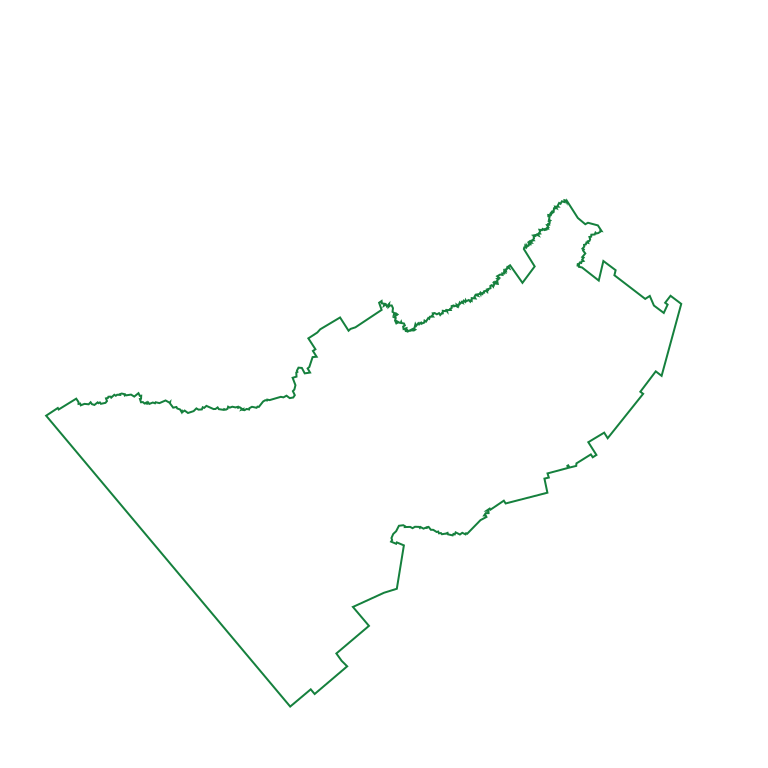 the district of Brewarrina, New South Wales, Australia, rotated 230°
{"feature_id": "25037944B28138275471855", "entity_name": "Brewarrina", "entity_type": "district", "adm_level": 2, "iso_a3": "AUS", "parent_name": "Australia", "parent_adm1": "New South Wales", "projection": "natural_earth1", "projection_center": [147.252, -29.95], "detail": "fine", "context": "isolated", "style": "outline", "palette": "green", "viewbox_px": 768, "rotation_deg": 230, "n_neighbors": 0, "source": "geoboundaries", "source_scale": "gbopen_adm2", "svg_char_len": 6166}
<svg xmlns="http://www.w3.org/2000/svg" viewBox="0 0 768 768"><g transform="rotate(230 384 384)"><path d="M386.6,639.2L406.5,641.8L405.7,640.9L407.4,641.4L408.8,640.4L407.2,639.3L409.6,637.7L408.6,635.1L410.1,634.5L408.8,631.4L407.8,631.5L409.3,629.7L408.0,629.3L409.5,628.8L408.4,628.2L409.3,627.1L406.7,624.5L406.8,623.5L408.1,623.6L407.7,621.4L406.8,621.8L406.1,620.3L407.9,618.5L406.8,617.7L405.8,618.5L403.8,616.0L402.4,616.4L402.7,614.9L401.5,615.0L400.5,613.9L401.0,612.9L399.9,612.7L401.0,611.0L398.3,610.6L398.7,609.3L397.6,609.3L399.2,606.9L398.2,607.0L398.8,605.8L400.8,605.1L400.3,604.0L402.2,602.2L400.4,601.6L400.0,599.8L399.0,600.0L400.0,598.1L398.4,597.8L400.1,597.0L401.7,594.1L400.2,594.6L400.5,593.2L399.0,592.4L398.8,590.7L398.0,590.8L398.9,589.5L397.8,588.3L399.6,587.9L399.7,586.5L397.7,587.2L398.8,585.7L397.0,585.7L397.9,584.4L397.1,583.8L397.3,582.0L398.6,582.2L397.5,581.0L399.0,581.0L397.8,579.8L398.4,579.1L397.5,577.9L377.2,575.0L372.5,555.1L393.9,556.9L394.1,554.8L392.2,554.3L394.2,553.5L393.0,551.8L393.6,550.8L392.2,550.1L393.5,549.4L391.6,548.7L392.7,548.1L391.4,547.1L392.7,545.7L391.4,544.9L393.2,543.3L393.8,540.0L391.2,540.5L391.8,538.6L390.7,539.0L390.6,537.2L387.6,535.5L388.7,534.5L389.3,535.6L390.9,534.9L390.6,533.9L392.1,533.0L390.1,533.2L388.8,531.3L389.5,530.7L388.8,530.2L390.5,530.0L390.8,528.6L388.9,527.1L390.0,524.3L388.4,524.7L389.8,523.5L388.3,522.3L390.0,522.0L390.7,520.1L389.6,519.4L390.3,518.3L389.7,517.3L391.3,516.9L390.5,515.8L391.9,516.2L391.5,515.1L392.9,512.7L391.4,512.6L393.4,511.3L392.6,509.3L390.8,509.0L393.4,506.4L391.2,504.5L392.4,503.9L391.8,503.0L393.9,502.8L394.5,500.2L395.7,500.4L394.7,499.0L396.5,498.6L396.0,497.8L396.8,496.8L395.5,496.4L396.7,495.8L396.6,494.1L397.6,494.2L396.8,492.8L396.1,493.3L396.9,492.2L395.9,491.0L397.8,490.6L396.3,489.8L397.9,489.2L398.5,487.6L399.4,487.8L400.2,485.9L398.8,484.9L399.0,483.0L397.8,482.7L400.2,479.7L399.0,479.0L400.7,479.0L400.5,477.7L402.3,476.1L399.7,473.9L401.1,474.2L400.7,471.4L402.9,471.7L403.4,469.3L405.8,468.4L406.8,466.8L405.7,466.4L405.5,464.7L404.2,464.8L406.0,462.4L404.9,460.6L406.1,460.3L404.8,456.3L406.5,455.8L405.2,454.2L405.9,452.1L406.7,452.1L406.4,451.2L407.6,451.0L407.2,449.2L408.5,449.3L407.9,446.1L409.6,446.5L407.0,442.9L407.3,442.1L405.6,442.8L405.8,441.3L406.8,440.2L407.7,441.3L408.3,438.9L407.1,438.2L408.4,438.4L408.9,436.1L411.0,436.8L409.4,435.7L410.6,434.7L411.7,435.1L410.6,435.4L412.3,437.1L413.5,434.3L415.7,435.6L415.5,437.6L417.5,438.2L419.4,436.6L420.6,437.1L420.1,436.0L422.1,434.4L422.5,432.4L424.3,432.9L423.3,434.4L425.7,433.5L427.0,435.4L428.8,434.6L428.6,439.0L430.6,438.5L430.8,436.2L431.7,437.5L433.8,436.9L436.3,439.6L439.2,440.4L440.3,439.0L440.2,437.3L442.1,439.4L441.6,436.1L443.8,436.6L444.0,434.3L445.1,436.0L447.1,434.2L449.1,435.5L449.4,432.5L442.3,429.8L445.8,398.5L447.7,393.8L447.6,391.1L463.2,393.1L466.9,370.3L466.3,366.0L467.6,355.4L454.7,353.8L455.0,350.8L448.2,349.9L450.5,346.6L445.0,337.7L445.0,335.5L440.3,334.7L443.1,330.1L449.1,331.4L451.5,329.0L450.2,325.9L448.9,325.4L449.2,324.2L445.9,321.7L447.5,318.0L440.0,315.4L437.4,311.8L437.1,309.6L432.8,308.5L432.0,305.8L433.8,302.7L437.7,301.8L438.4,298.4L440.5,296.7L445.2,286.0L447.1,284.5L446.6,283.8L447.9,282.6L448.3,280.2L446.9,273.4L448.0,272.5L447.7,271.1L451.4,268.2L452.0,265.3L451.2,264.3L453.2,262.7L453.6,260.3L454.7,259.4L455.3,260.2L456.0,258.2L456.4,259.2L459.0,258.5L459.5,257.0L460.4,257.5L461.5,255.2L464.1,253.2L465.0,250.7L466.8,250.0L465.6,248.2L466.0,246.3L467.5,245.4L467.1,244.7L470.9,241.3L473.0,241.5L473.2,238.8L474.4,237.3L481.4,233.9L481.3,230.9L482.7,230.2L481.6,228.1L483.6,225.4L485.9,224.6L485.6,220.7L487.8,215.2L491.8,214.2L492.0,211.9L492.9,212.0L492.3,210.9L495.6,211.4L498.1,209.9L499.8,210.2L501.4,207.3L506.8,207.6L507.6,208.5L507.5,207.7L511.8,206.1L513.7,199.7L516.8,197.3L516.4,196.2L518.4,195.0L519.6,191.4L521.3,191.5L521.1,189.9L522.2,189.1L522.6,189.8L523.0,188.0L525.1,187.7L526.2,186.1L529.4,187.4L528.9,188.4L531.1,190.5L531.9,189.3L534.8,190.0L534.9,184.6L538.5,183.4L541.1,179.1L542.3,179.0L542.1,178.1L543.4,178.4L545.3,176.9L546.0,175.1L545.3,174.8L547.3,172.7L547.4,171.0L549.1,170.5L548.9,166.3L550.0,166.5L551.4,164.7L550.8,163.6L551.7,161.8L549.0,160.8L548.6,158.5L550.8,154.4L552.5,154.5L552.9,152.9L554.0,152.8L554.1,148.7L556.3,147.3L558.6,147.5L558.3,144.7L561.3,141.8L562.6,138.0L564.3,138.7L565.1,137.2L566.7,138.4L570.6,138.8L573.6,118.4L575.3,118.7L576.9,104.8L197.2,104.8L197.2,131.6L191.1,131.6L191.4,174.3L199.2,173.6L208.2,174.3L208.4,217.0L233.2,216.9L224.1,249.8L218.9,262.2L247.6,295.5L254.4,292.0L253.8,290.6L258.7,288.1L259.2,289.9L261.2,290.7L263.2,294.7L263.4,298.6L265.8,304.3L263.4,308.0L261.5,308.7L261.0,308.0L257.7,312.2L255.2,313.2L254.7,316.0L252.0,319.0L250.7,319.0L251.0,320.0L247.8,321.3L246.9,324.2L245.7,323.7L246.7,324.9L245.9,326.3L242.2,326.2L240.6,328.0L236.8,329.2L236.1,330.7L234.3,330.1L233.2,331.8L231.7,331.8L229.8,335.0L229.0,334.6L229.6,335.4L229.1,337.0L227.7,336.4L223.9,339.3L224.5,340.8L223.3,341.5L224.3,343.5L219.9,345.4L219.7,348.3L216.4,349.8L216.9,351.0L215.8,351.5L217.7,370.4L216.3,377.0L217.9,377.4L218.9,376.2L219.7,378.9L217.9,381.1L219.6,382.4L221.0,381.0L220.6,384.9L219.3,384.8L217.6,400.8L214.3,400.4L195.7,439.3L208.4,446.1L206.4,450.1L210.4,451.8L201.3,471.3L203.4,471.8L203.3,472.8L200.7,472.5L197.7,478.6L199.5,480.4L197.1,497.2L193.7,496.8L193.1,501.1L208.1,503.1L205.2,521.4L198.7,520.5L209.9,576.2L213.3,575.4L219.0,600.3L211.8,601.9L254.3,663.2L267.4,660.2L265.5,651.6L262.5,652.3L258.6,644.0L270.6,641.2L280.6,644.2L281.3,638.8L319.2,630.4L322.3,634.6L337.2,631.1L325.2,615.0L346.0,610.6L348.4,608.7L349.0,609.3L350.3,608.4L351.3,609.5L350.4,610.6L351.2,612.0L350.0,612.9L350.9,614.0L350.0,615.9L352.0,615.9L352.5,618.1L353.8,617.5L354.6,622.1L358.3,622.3L358.6,623.5L360.1,623.0L360.5,625.7L362.0,626.7L361.2,628.3L362.3,630.1L360.8,631.2L362.3,631.9L361.6,633.4L362.3,634.9L364.6,635.9L363.7,637.4L365.1,638.8L363.1,641.5L364.0,643.3L362.8,643.4L361.9,645.2L361.6,647.7L362.4,648.3L361.5,649.0L368.0,649.8L376.4,643.9L377.0,640.9L386.6,639.2Z" fill="none" stroke="#15803d" stroke-width="2"/></g></svg>